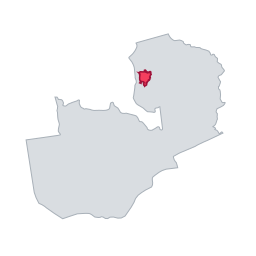 Chipili, Luapula, Zambia shown in context, rotated 353°
{"feature_id": "96606910B25287686140667", "entity_name": "Chipili", "entity_type": "district", "adm_level": 2, "iso_a3": "ZMB", "parent_name": "Zambia", "parent_adm1": "Luapula", "projection": "orthographic", "projection_center": [29.255, -10.48], "detail": "fine", "context": "in_parent", "style": "filled", "palette": "rose", "viewbox_px": 256, "rotation_deg": 353, "n_neighbors": 0, "source": "geoboundaries", "source_scale": "gbopen_adm2", "svg_char_len": 6313}
<svg xmlns="http://www.w3.org/2000/svg" viewBox="0 0 256 256"><g transform="rotate(353 128 128)"><path d="M172.5,173.5L160.9,173.5L156.7,174.4L153.3,175.8L149.2,178.1L146.8,179.6L146.1,180.5L145.8,182.4L145.8,185.3L145.4,187.4L144.2,189.4L137.9,191.7L133.9,193.6L129.9,195.9L126.9,198.9L124.9,202.5L121.5,207.0L114.4,215.0L110.3,216.5L106.9,216.2L102.7,214.6L99.3,214.3L96.9,215.4L94.6,215.1L92.5,213.4L90.8,212.8L89.4,213.3L87.6,213.2L84.2,212.3L81.3,209.5L79.7,208.4L78.6,208.0L75.1,207.5L67.3,207.0L59.2,208.6L52.1,210.1L44.6,203.9L37.4,197.4L35.8,195.7L33.1,193.5L31.2,192.4L30.4,191.9L28.3,186.0L27.1,180.5L25.4,127.4L57.9,126.8L60.0,126.5L60.1,125.9L58.5,123.1L58.5,122.1L58.9,120.2L60.3,116.3L60.3,115.0L59.6,110.9L59.6,108.5L59.9,103.8L59.6,102.2L60.4,100.0L60.6,98.6L60.9,98.0L60.5,96.4L59.7,90.8L59.3,88.4L61.3,88.7L62.0,89.9L62.4,91.2L63.2,91.2L65.6,91.9L66.4,93.0L67.0,95.2L66.7,96.4L66.0,97.3L66.7,98.1L68.3,98.6L69.2,98.5L71.8,96.9L74.2,96.3L75.5,95.9L80.9,94.8L81.9,94.2L82.7,94.2L83.2,94.6L82.8,96.2L82.6,97.7L83.3,100.3L83.9,101.6L85.0,102.5L85.8,102.9L86.8,103.9L88.6,103.7L92.8,105.0L94.1,105.7L95.8,106.3L97.1,106.5L101.4,106.9L105.9,107.6L108.2,107.7L109.9,107.5L111.1,107.1L111.8,106.6L112.1,106.3L113.7,101.2L114.6,100.8L115.7,100.5L116.4,101.0L117.1,104.2L120.4,107.0L121.6,109.5L122.4,111.5L123.1,112.1L124.4,112.8L126.3,113.1L128.1,113.1L136.9,116.6L137.9,117.3L139.0,119.2L139.6,121.3L140.3,123.0L141.5,123.3L142.5,123.5L143.5,124.6L144.2,125.6L146.9,129.8L147.2,131.5L148.5,132.6L150.2,133.1L151.8,133.1L152.7,132.6L154.9,131.8L156.7,130.8L157.9,130.4L158.7,130.6L159.3,131.3L159.6,133.4L160.9,134.1L161.8,133.8L162.2,133.0L162.2,132.6L162.2,110.8L161.4,110.9L160.4,111.5L158.1,111.6L157.1,112.1L156.9,112.8L157.0,113.7L157.1,114.9L156.7,115.5L155.7,115.7L154.3,115.2L151.6,114.6L149.3,114.2L147.7,112.6L145.6,110.1L144.1,108.9L140.7,106.3L140.1,105.8L139.1,104.6L138.2,102.5L137.3,100.2L136.9,98.7L137.7,96.3L139.7,88.8L140.1,86.4L141.8,84.0L141.9,81.9L141.2,79.1L141.4,77.6L141.6,68.9L141.1,66.2L140.0,63.1L137.5,58.9L137.5,58.0L141.3,55.3L142.5,54.2L144.5,52.0L145.8,50.1L146.7,48.6L147.0,46.6L146.3,44.7L147.7,44.3L179.4,39.5L179.8,40.8L180.8,43.0L181.8,44.5L183.2,45.9L184.4,46.8L185.1,47.0L190.0,47.0L191.7,47.8L193.3,48.9L193.6,50.6L194.6,51.6L195.7,52.5L196.2,52.6L197.0,52.4L198.3,52.4L199.5,52.7L200.1,53.1L200.1,54.5L200.5,55.1L202.1,55.4L203.8,55.5L205.4,56.4L207.1,56.6L209.2,57.0L210.1,58.1L212.3,59.1L214.9,60.1L217.8,61.7L217.8,62.1L218.3,63.0L218.8,63.7L218.8,64.7L219.1,65.5L219.8,65.8L220.4,65.8L221.0,65.2L221.8,65.2L222.6,65.6L222.9,66.7L223.5,68.1L224.6,69.0L225.3,69.9L225.0,71.6L224.6,73.1L226.0,74.6L227.9,76.0L228.4,76.7L228.5,78.8L228.8,79.5L230.0,81.3L230.6,82.4L230.6,83.1L227.1,86.5L225.0,87.0L224.0,87.7L223.5,88.5L224.8,91.9L225.5,93.3L224.9,94.9L223.5,97.7L222.8,97.9L222.7,100.0L223.1,100.8L223.8,101.4L224.0,102.8L223.9,106.4L223.0,110.4L224.5,114.0L225.0,114.4L227.1,114.4L227.5,114.7L227.0,115.7L225.5,117.2L222.7,118.4L218.8,119.7L218.0,121.0L217.4,122.8L217.9,123.9L218.4,124.5L218.2,126.1L217.8,127.8L217.9,129.2L217.7,130.4L217.2,131.0L216.5,132.7L215.6,134.5L215.0,135.3L214.0,136.2L212.4,136.9L212.5,137.2L214.2,138.1L214.6,138.7L214.8,139.1L214.0,140.0L214.8,140.5L215.8,141.0L216.7,142.2L217.7,144.5L217.9,144.7L218.2,144.7L218.8,144.5L219.9,143.6L220.7,143.3L221.6,144.6L205.3,150.0L201.5,151.1L195.8,153.0L194.0,153.7L192.5,154.4L177.4,158.7L175.0,159.5L169.7,161.7L169.5,162.1L169.6,163.1L170.0,165.2L170.9,167.1L171.7,168.2L172.2,171.0L172.5,173.5Z" fill="#d9dde1" stroke="#a8b0b8" stroke-width="1"/><path d="M157.6,77.6L157.6,77.4L157.4,77.1L157.2,76.8L157.2,76.6L157.3,75.1L157.2,74.9L157.0,74.7L156.9,74.7L157.0,74.8L156.9,74.8L156.7,74.9L156.7,75.0L156.4,75.1L156.3,75.3L156.2,75.3L155.9,75.3L155.9,75.2L155.9,75.3L155.8,75.2L155.7,75.2L155.4,75.2L155.4,75.3L155.2,75.4L154.9,75.4L154.7,75.4L154.6,75.5L154.5,75.4L154.5,75.5L154.4,75.5L154.2,75.6L154.1,75.4L153.9,75.3L154.0,75.3L153.9,75.2L153.8,75.3L153.7,75.2L153.7,75.3L153.4,75.3L153.3,75.2L153.2,75.1L153.3,75.1L153.1,75.1L153.0,74.9L152.9,74.8L153.0,74.7L152.9,74.7L153.0,74.5L152.9,74.4L152.9,74.2L152.7,74.1L152.7,73.8L152.6,73.7L152.7,73.4L152.8,73.2L152.7,73.1L152.5,72.9L152.3,72.8L152.3,72.7L152.2,72.7L151.9,72.6L151.7,72.6L151.4,72.7L151.4,72.8L151.3,73.0L151.3,73.3L151.3,73.5L151.2,73.7L151.3,73.8L151.2,73.8L151.2,74.0L151.3,74.3L151.2,74.3L151.0,74.2L150.7,74.2L150.0,74.2L149.8,74.2L149.6,74.1L148.3,73.9L147.2,73.7L147.1,73.8L146.9,73.9L146.7,73.8L146.4,74.0L146.3,74.3L146.2,74.4L146.1,74.5L145.9,74.4L145.8,74.5L145.4,74.4L145.6,74.6L145.6,74.8L145.7,75.0L145.8,75.3L145.7,75.4L145.7,75.6L145.8,75.7L146.0,75.7L146.3,75.7L146.4,76.3L146.0,77.1L146.2,77.4L146.1,77.8L146.0,78.1L145.9,78.3L145.7,79.1L145.7,79.5L145.6,80.5L145.5,80.9L145.5,81.2L145.6,81.5L145.6,81.9L145.6,82.3L145.9,82.5L145.8,82.8L145.8,83.2L145.9,83.4L145.9,83.5L145.8,83.8L145.7,84.0L145.5,84.3L145.4,84.4L145.4,84.5L145.2,84.7L145.4,84.8L145.5,84.7L145.8,84.8L145.8,84.6L146.0,84.8L145.9,84.8L146.0,84.9L146.0,84.7L146.1,84.8L146.3,84.6L146.4,84.4L146.5,84.4L146.5,84.2L146.7,83.9L146.7,83.7L146.8,83.6L147.0,83.6L147.6,83.9L147.8,83.8L147.8,83.7L148.1,83.9L148.3,83.9L148.6,83.9L148.8,83.9L148.9,84.0L149.0,84.0L149.2,84.3L149.2,84.5L149.3,84.5L149.3,84.8L149.5,84.9L149.3,85.3L149.2,85.6L149.1,85.8L148.9,85.9L148.9,86.1L148.9,86.3L148.8,86.6L148.8,86.8L148.9,87.0L149.0,87.1L149.0,87.4L149.0,87.5L149.3,87.5L149.5,87.7L149.6,87.8L149.6,88.5L149.9,88.3L150.1,88.2L150.4,88.2L150.7,88.1L151.8,87.4L151.8,87.1L151.6,87.0L151.6,86.7L151.6,86.4L151.8,86.2L151.7,86.2L151.6,85.9L151.5,85.7L151.7,85.2L151.9,85.2L152.0,85.1L152.2,84.9L152.4,84.9L152.5,84.8L152.6,84.6L152.8,84.5L152.9,84.4L153.0,84.4L153.2,84.2L153.4,84.2L153.9,83.7L153.9,83.4L154.0,83.3L154.0,83.2L154.1,82.9L154.2,82.7L154.6,82.7L154.7,82.8L154.8,82.9L155.0,83.1L155.5,82.5L155.4,82.4L155.4,82.0L155.7,81.6L155.7,81.4L155.8,81.2L156.0,81.1L156.3,81.0L156.3,80.9L156.2,80.9L156.1,80.7L155.9,80.7L155.7,80.5L155.7,80.4L155.7,80.2L155.8,80.1L155.8,79.9L156.1,79.8L156.2,79.7L156.2,79.4L156.3,79.3L156.4,79.1L156.5,78.9L156.4,78.8L156.4,78.7L156.5,78.6L156.6,78.4L156.8,78.3L156.9,78.1L157.0,77.9L157.0,78.0L157.0,77.9L157.3,77.9L157.4,77.7L157.5,77.7L157.6,77.6Z" fill="#f43f5e" stroke="#9f1239" stroke-width="1.5"/></g></svg>